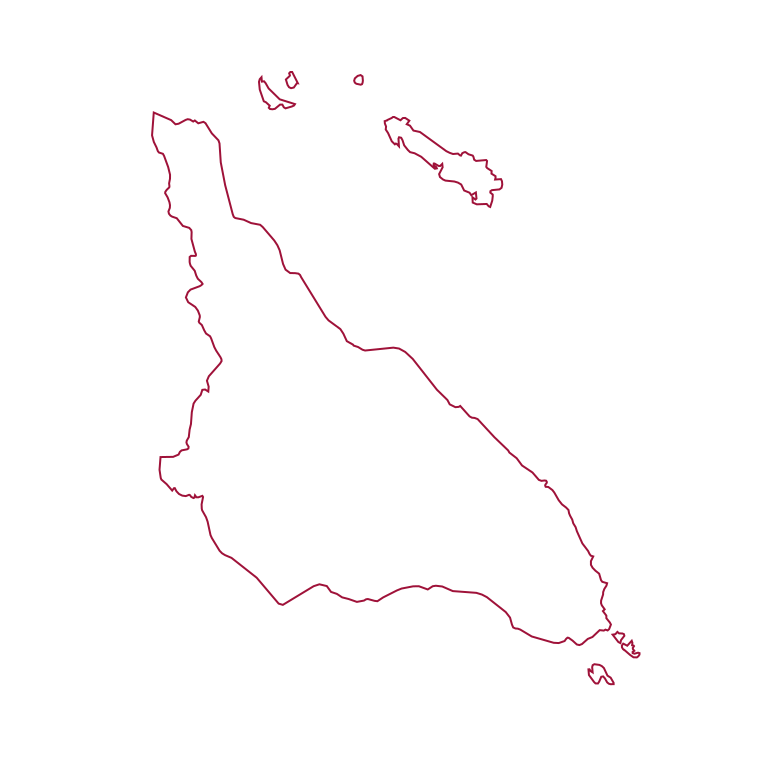 map outline of Aceh (Natural Earth projection), rotated 175°
{"feature_id": "IDN-1136", "entity_name": "Aceh", "entity_type": "Autonomous Province", "adm_level": 1, "iso_a3": "IDN", "parent_name": "Indonesia", "parent_adm1": "", "projection": "natural_earth1", "projection_center": [96.646, 3.962], "detail": "fine", "context": "isolated", "style": "outline", "palette": "rose", "viewbox_px": 768, "rotation_deg": 175, "n_neighbors": 0, "source": "natural_earth", "source_scale": "10m", "svg_char_len": 6130}
<svg xmlns="http://www.w3.org/2000/svg" viewBox="0 0 768 768"><g transform="rotate(175 384 384)"><path d="M589.7,674.5L573.0,665.4L569.1,660.9L565.9,661.2L558.5,664.4L556.5,664.9L554.2,664.3L551.2,662.1L549.5,663.0L546.3,659.9L541.0,660.9L539.1,659.4L533.7,648.7L527.7,641.2L526.9,638.0L527.3,619.0L524.9,595.9L519.9,566.4L519.1,563.6L517.7,562.3L509.5,559.9L502.4,555.9L493.5,553.4L491.1,550.9L480.8,536.5L478.1,531.5L476.3,526.3L474.1,512.4L472.1,506.5L467.8,502.7L463.0,502.2L459.6,501.4L458.1,499.9L457.3,497.8L436.4,456.0L433.7,452.2L422.7,442.5L420.1,437.7L417.3,429.9L411.4,425.9L410.9,424.9L406.6,423.1L402.4,420.0L399.9,419.0L371.5,419.4L365.9,418.0L360.1,414.1L353.2,406.5L331.8,373.7L322.2,362.5L320.3,358.0L314.9,354.7L311.5,354.7L310.0,355.5L301.6,344.3L299.4,342.8L296.7,342.3L293.8,340.9L278.7,321.4L266.1,307.0L265.1,304.8L258.3,298.5L253.6,290.8L243.8,282.9L238.1,275.0L235.6,273.8L232.4,273.9L230.9,273.5L230.3,272.1L230.6,271.2L232.0,269.7L232.3,268.7L231.9,267.5L229.3,267.1L225.5,263.7L223.8,261.0L220.1,253.0L217.2,248.6L213.4,245.1L211.2,242.4L210.9,239.1L210.1,236.6L208.3,232.5L207.6,228.7L205.6,224.7L204.7,220.6L200.3,207.9L195.2,199.8L194.2,197.1L193.0,195.0L190.6,194.0L193.3,189.5L193.6,185.8L192.2,182.7L189.6,179.5L186.2,176.3L184.9,169.7L183.8,167.9L179.1,166.1L180.0,163.7L182.4,160.6L183.8,157.6L184.1,155.2L186.6,149.3L186.9,146.7L186.3,144.5L183.8,140.3L185.7,138.7L182.7,133.9L182.9,131.3L179.8,126.7L178.9,124.6L181.1,120.2L182.7,119.0L184.8,120.0L186.5,119.2L190.6,120.0L198.4,113.8L203.2,112.3L209.4,107.7L212.1,106.9L214.6,107.7L218.5,111.9L222.1,115.0L223.3,115.3L224.7,114.3L226.5,112.2L232.5,110.7L237.5,111.4L258.8,119.6L269.7,127.5L272.0,128.6L274.4,129.0L276.5,130.2L277.5,133.2L278.8,140.3L282.6,146.2L300.1,162.7L304.8,165.7L310.2,167.9L333.5,171.7L343.6,177.2L349.9,178.5L353.1,178.3L358.3,175.5L366.9,179.5L372.6,179.9L384.3,178.7L389.2,177.2L403.4,171.5L409.5,168.2L412.3,168.8L418.8,171.2L420.6,171.1L422.8,170.0L430.0,169.3L438.0,172.9L444.3,175.1L449.2,179.0L454.9,181.5L458.6,187.7L465.8,190.1L471.7,188.7L504.0,172.8L508.1,174.4L527.7,202.1L551.1,224.1L557.3,227.4L560.1,229.5L562.3,232.2L568.9,245.5L570.0,248.6L571.7,262.2L572.9,266.8L576.2,274.1L576.4,275.7L576.2,280.0L574.1,287.2L574.7,288.4L578.9,287.3L580.7,287.5L582.0,289.6L582.8,287.3L583.8,287.0L585.9,288.4L586.9,290.1L587.8,290.6L591.2,289.6L594.7,290.4L597.8,292.3L600.1,295.2L601.5,298.5L602.3,298.5L604.3,296.3L609.2,303.1L614.1,308.2L614.6,309.8L615.1,318.1L613.0,330.7L600.4,329.8L594.8,331.6L593.2,334.2L591.4,335.5L585.8,336.1L584.5,336.8L584.1,338.5L585.6,341.4L585.9,343.0L585.4,344.8L583.1,348.1L581.6,355.6L579.8,360.9L577.9,372.7L575.4,381.1L573.3,383.8L567.5,389.2L565.5,394.0L562.7,394.1L559.7,391.8L558.9,396.6L560.1,402.7L557.8,407.0L545.5,418.7L543.8,421.0L543.8,422.9L544.6,425.0L548.3,431.9L549.8,435.5L552.2,444.4L553.1,446.7L556.9,449.8L558.4,453.1L560.3,458.6L562.7,461.2L563.1,462.4L561.6,466.8L561.6,468.5L563.0,473.3L565.3,477.2L571.9,482.5L573.8,487.5L571.4,492.4L568.5,494.9L559.1,497.5L557.3,498.4L556.0,499.5L557.0,501.4L560.3,505.1L561.6,508.4L562.7,513.3L566.3,518.6L566.8,520.7L567.0,522.5L566.5,527.5L565.0,528.5L561.5,528.1L560.5,528.1L560.1,528.7L560.1,529.9L560.9,532.4L563.2,545.3L562.4,552.1L562.6,554.1L564.4,556.5L570.6,559.0L576.0,567.2L580.5,569.2L582.1,570.4L583.4,572.4L583.7,574.7L582.0,578.1L581.6,580.8L581.9,583.8L583.3,588.8L585.4,593.2L585.1,594.5L583.6,596.3L580.8,598.6L580.5,599.7L580.6,602.6L579.3,607.1L578.9,611.1L580.1,618.9L583.2,630.4L584.2,632.6L588.0,634.2L589.0,635.7L590.0,639.5L592.2,645.2L593.4,651.9L589.7,674.5ZM360.1,637.4L359.5,640.3L360.4,643.4L360.4,645.8L357.2,646.5L358.2,646.5L353.2,648.3L351.8,649.2L350.5,649.1L344.6,645.3L342.0,647.3L339.7,647.2L335.8,644.1L338.7,640.8L335.6,639.1L332.6,633.9L326.2,631.9L301.6,610.5L298.3,608.5L295.2,607.1L290.3,607.1L288.3,605.1L287.4,604.8L285.9,607.1L283.8,607.9L282.6,607.9L279.8,605.5L275.7,603.8L275.1,602.5L274.6,599.6L272.8,598.2L262.7,598.2L261.9,597.2L263.2,591.4L262.4,590.1L258.2,586.8L258.6,584.2L254.8,581.3L254.9,579.7L255.5,578.0L249.6,577.9L248.8,575.7L248.8,572.3L249.8,569.2L252.0,567.8L259.6,567.7L261.2,566.8L261.4,565.4L259.2,563.3L259.3,561.6L260.2,557.2L262.8,551.1L264.2,551.9L266.0,554.4L275.9,554.9L279.8,557.0L279.6,562.3L276.8,559.8L275.7,560.7L275.8,566.8L280.6,564.5L282.1,567.1L287.3,569.8L289.7,576.0L292.8,578.2L296.3,579.6L305.1,581.3L307.4,582.6L310.2,585.3L310.8,588.3L306.7,594.8L306.8,598.2L309.1,596.3L310.6,596.5L314.4,599.2L315.2,599.3L315.5,598.2L315.1,597.1L313.1,595.6L312.6,594.2L314.6,594.0L327.1,607.1L333.4,611.2L337.8,612.7L339.8,615.0L343.1,620.0L344.3,625.2L345.4,627.8L347.5,628.5L348.2,627.2L348.4,619.5L350.4,622.1L351.3,622.5L352.3,621.8L355.1,625.1L358.1,633.7L360.1,637.4ZM479.1,676.1L482.1,688.1L482.2,695.9L481.2,698.5L479.3,700.3L479.3,695.9L477.1,696.0L475.7,694.0L473.2,688.5L463.1,676.7L448.3,670.6L449.3,669.3L451.5,668.5L458.1,667.2L459.7,668.4L460.9,671.2L463.2,671.4L468.7,667.6L471.2,667.4L473.6,667.9L474.7,669.2L473.6,671.2L477.1,675.0L479.1,676.1ZM199.4,67.3L200.7,68.8L205.2,76.2L205.2,81.9L204.2,81.9L203.2,80.0L201.3,78.5L201.3,83.8L200.6,85.7L198.9,86.5L193.9,85.4L191.6,84.0L189.7,81.9L186.8,74.0L183.8,71.7L181.3,66.3L181.4,65.0L184.5,65.2L186.1,65.8L187.7,67.3L189.6,71.5L191.2,73.6L193.1,73.4L195.6,68.7L197.0,67.0L199.4,67.3ZM167.4,97.5L169.0,99.1L169.9,100.9L169.8,102.7L168.3,104.5L164.5,102.1L159.6,106.6L159.1,104.5L159.6,102.1L158.2,101.7L157.8,101.1L159.2,99.3L159.1,98.2L157.9,96.4L159.7,95.4L159.7,94.2L158.0,93.5L154.3,94.2L152.9,93.6L153.1,92.1L154.4,90.6L155.9,89.6L159.3,90.0L162.5,92.7L168.3,98.7L167.4,97.5ZM455.2,695.9L451.2,699.0L450.8,699.7L451.4,701.8L450.1,703.0L448.3,702.8L443.6,691.1L444.5,691.3L448.0,687.2L450.8,686.8L452.7,687.9L454.0,690.3L455.2,695.9ZM173.0,106.5L178.1,114.4L175.3,114.6L173.1,116.7L171.6,115.1L168.3,114.7L166.8,113.9L166.5,112.2L170.2,108.2L171.1,105.3L173.0,106.5ZM381.1,684.2L385.4,685.5L386.8,686.8L387.3,688.7L386.4,691.0L383.4,693.2L380.4,693.8L378.6,692.3L378.6,688.0L379.1,685.9L379.8,684.6L381.1,684.2Z" fill="none" stroke="#9f1239" stroke-width="2"/></g></svg>